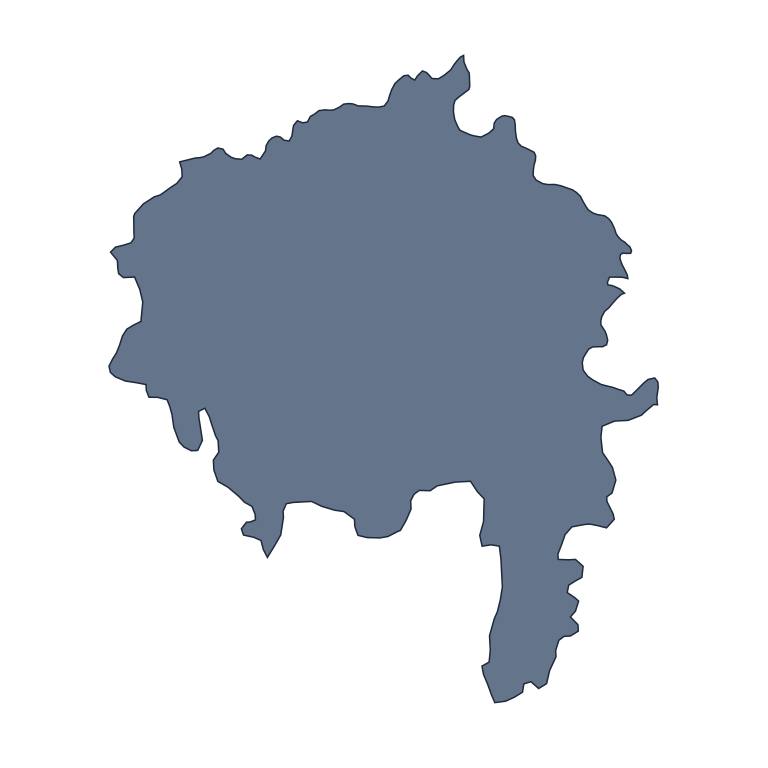 Asipovichy, Mogilev, Belarus (Mercator projection), rotated 267°
{"feature_id": "67162791B915008440335", "entity_name": "Asipovichy", "entity_type": "district", "adm_level": 2, "iso_a3": "BLR", "parent_name": "Belarus", "parent_adm1": "Mogilev", "projection": "mercator", "projection_center": [28.671, 53.35], "detail": "fine", "context": "isolated", "style": "filled", "palette": "slate", "viewbox_px": 768, "rotation_deg": 267, "n_neighbors": 0, "source": "geoboundaries", "source_scale": "gbopen_adm2", "svg_char_len": 4561}
<svg xmlns="http://www.w3.org/2000/svg" viewBox="0 0 768 768"><g transform="rotate(267 384 384)"><path d="M462.1,628.9L466.6,624.4L469.2,619.5L470.5,616.6L471.1,612.9L473.7,612.4L478.9,614.8L478.6,621.3L478.1,627.8L476.5,633.0L479.9,632.7L484.9,630.7L490.1,628.3L494.7,626.7L498.1,626.2L500.9,626.9L502.2,629.5L501.7,633.0L501.6,637.2L504.1,638.2L508.1,636.7L510.9,633.7L512.9,632.0L515.6,628.2L519.3,625.2L521.9,623.7L527.4,622.2L533.6,619.7L537.4,617.0L540.4,613.2L542.1,605.7L543.9,601.5L547.1,597.2L551.0,594.8L556.1,592.2L561.1,590.0L565.1,586.3L568.1,582.3L569.8,578.0L572.8,570.8L574.3,565.0L574.6,558.1L575.8,552.9L579.7,546.6L584.3,543.9L589.5,544.3L594.8,545.3L599.3,546.9L603.9,547.4L607.5,546.1L611.0,540.1L612.9,536.5L614.2,533.6L617.6,530.6L622.6,529.1L629.6,528.5L635.5,528.6L641.0,528.1L643.5,526.1L644.5,523.2L645.7,518.6L645.3,515.6L642.3,510.3L638.7,507.7L633.2,506.9L629.1,501.9L627.8,499.0L625.5,493.9L626.9,487.6L628.1,483.7L630.8,478.2L633.5,473.0L638.2,470.7L644.3,468.5L652.1,467.6L658.6,468.1L663.4,469.7L667.1,474.4L671.4,480.8L673.7,484.2L676.5,485.2L685.6,485.4L690.1,485.4L693.7,483.4L701.3,480.7L708.0,480.7L706.5,477.4L703.1,474.0L699.3,470.7L694.1,467.0L689.0,460.0L685.9,454.2L686.6,447.8L689.6,445.6L692.8,442.8L694.6,438.8L690.0,433.6L685.9,430.6L688.0,427.1L691.1,424.3L690.8,420.0L687.1,414.9L683.4,410.6L677.6,407.1L672.3,404.9L666.4,402.8L661.6,398.8L660.8,393.3L661.3,387.7L662.4,381.6L663.1,372.7L665.3,367.7L665.9,363.7L665.6,358.4L662.8,354.0L660.3,348.0L660.3,343.5L660.9,339.5L660.4,333.3L656.9,328.3L655.1,324.5L649.6,321.2L649.1,316.5L651.4,311.3L646.9,307.2L642.9,306.3L636.4,305.0L631.6,302.0L632.7,297.0L636.1,293.3L637.1,289.6L635.6,285.0L632.6,281.5L628.2,278.8L622.9,277.8L615.2,272.1L617.2,267.3L619.5,263.8L619.9,259.3L615.9,253.8L616.7,247.4L618.5,243.1L622.7,237.9L626.9,235.6L628.4,230.4L626.2,226.2L623.4,223.2L620.2,215.7L619.7,212.0L619.5,207.0L616.5,191.6L609.0,193.3L601.5,193.3L595.1,187.5L591.0,180.5L584.6,170.7L582.9,164.3L576.5,153.2L567.2,143.9L564.3,142.8L555.6,142.5L548.6,142.2L542.8,142.2L538.2,138.7L536.4,131.8L534.7,123.0L530.0,117.8L521.3,124.2L513.8,124.2L508.0,124.8L503.9,129.4L503.9,140.5L491.1,145.1L478.4,147.4L459.2,144.5L455.7,136.4L452.2,130.0L445.8,125.4L436.5,121.9L429.0,118.4L423.2,114.3L416.2,110.3L409.8,111.4L405.2,116.1L400.5,125.9L398.2,137.0L395.9,146.3L390.1,146.3L383.1,148.6L382.5,157.3L379.6,166.6L372.7,168.9L364.5,170.7L353.2,171.7L351.8,171.8L336.7,176.5L331.4,181.1L327.4,188.1L327.4,194.5L337.2,199.7L349.4,198.5L359.9,197.4L366.3,197.4L369.2,203.8L360.5,207.8L353.5,209.6L341.3,213.0L336.1,215.4L330.3,215.4L324.5,215.4L316.9,209.6L307.1,209.6L295.4,213.0L289.0,222.9L279.5,233.0L273.2,238.5L268.7,245.7L260.5,248.5L255.0,248.5L253.2,243.0L253.2,239.4L246.9,234.0L240.5,235.8L237.8,245.7L234.2,253.0L225.1,254.8L216.9,258.5L228.7,266.6L238.7,273.0L255.9,276.6L262.3,276.6L269.6,280.2L270.5,287.5L270.5,298.4L270.5,305.6L265.0,315.6L260.5,328.3L258.7,337.4L250.5,347.4L243.2,347.4L234.2,350.1L231.5,359.2L230.5,371.9L231.5,380.0L236.0,390.0L236.9,392.7L246.9,399.1L257.8,404.5L265.9,404.5L272.3,408.2L275.9,413.6L275.0,424.5L279.5,431.8L282.3,449.9L282.3,465.3L271.4,471.7L264.1,478.0L241.4,476.2L227.8,471.7L216.9,473.5L217.8,482.6L216.0,490.7L203.3,491.6L188.8,491.6L175.2,491.6L162.5,488.9L150.7,485.3L143.4,481.7L127.1,476.2L112.6,476.2L100.8,474.4L97.2,467.1L89.0,468.1L79.0,471.7L67.2,475.3L66.0,475.8L60.0,478.0L60.9,488.9L64.5,498.0L69.0,506.2L77.2,508.0L79.0,515.2L71.8,522.5L76.3,530.7L89.0,534.3L102.6,541.5L109.0,541.5L118.9,545.2L122.6,550.6L122.6,557.0L127.1,565.1L133.5,565.1L141.6,557.9L147.1,563.3L157.0,567.0L160.7,563.3L166.1,556.1L173.4,557.9L177.0,564.2L180.6,571.5L191.5,573.3L198.8,566.0L198.8,558.8L199.7,548.8L205.1,548.8L215.1,553.3L224.2,557.0L231.5,564.2L233.3,577.8L233.3,582.4L231.5,589.6L228.7,598.7L236.9,606.9L242.3,606.0L255.0,600.5L259.6,600.5L263.2,606.0L275.9,610.5L288.6,607.8L295.0,604.2L304.0,598.7L319.5,597.8L330.4,599.6L334.9,612.3L334.9,625.9L339.4,639.5L344.0,645.0L349.4,652.2L348.9,656.0L356.2,655.7L366.1,657.7L371.7,657.6L375.9,654.6L374.7,647.9L371.1,643.1L363.7,635.0L359.9,630.5L360.4,626.0L364.4,623.2L366.4,617.7L368.7,612.2L370.2,607.0L372.2,600.8L377.1,592.8L381.1,587.8L387.4,583.6L394.9,583.1L399.9,584.5L403.6,587.0L408.1,590.2L410.1,594.3L410.0,599.7L409.8,604.2L411.5,608.3L416.0,609.7L421.5,608.7L425.1,607.5L428.6,605.5L431.6,603.7L435.7,603.8L439.8,605.0L445.0,608.2L448.3,612.5L452.5,616.4L457.7,621.5L461.2,625.9L462.1,628.9Z" fill="#64748b" stroke="#1e293b" stroke-width="1.5"/></g></svg>